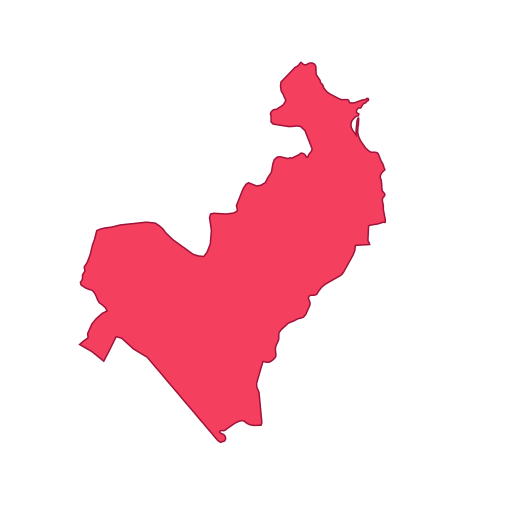 outline of Oriental, rotated 47°
{"feature_id": "MAR-1454", "entity_name": "Oriental", "entity_type": "Region", "adm_level": 1, "iso_a3": "MAR", "parent_name": "Morocco", "parent_adm1": "", "projection": "robinson", "projection_center": [-2.611, 33.589], "detail": "fine", "context": "isolated", "style": "filled", "palette": "rose", "viewbox_px": 512, "rotation_deg": 47, "n_neighbors": 0, "source": "natural_earth", "source_scale": "10m", "svg_char_len": 3876}
<svg xmlns="http://www.w3.org/2000/svg" viewBox="0 0 512 512"><g transform="rotate(47 256 256)"><path d="M219.2,78.5L217.6,80.1L217.9,82.9L219.6,84.7L222.2,83.8L223.3,85.5L222.6,86.5L222.2,88.0L222.1,89.7L222.4,93.0L222.8,94.3L223.6,95.5L224.8,97.1L227.0,98.6L230.0,99.6L236.1,100.2L232.4,97.2L226.0,89.9L224.7,87.7L225.1,86.9L226.2,87.8L230.4,92.2L231.0,93.3L235.0,97.4L238.7,99.5L243.1,101.0L251.8,102.2L255.7,101.9L257.8,101.4L259.2,100.5L260.9,98.5L262.6,97.2L264.3,96.8L272.4,99.9L274.3,100.2L276.3,100.9L278.6,102.1L280.8,102.9L280.9,106.9L281.7,109.6L283.2,111.6L285.8,112.6L289.0,114.9L291.7,117.3L294.5,119.2L298.3,119.5L299.4,120.3L299.8,121.6L299.9,122.9L300.3,124.4L301.5,125.7L306.0,128.5L308.9,131.2L317.8,136.8L319.4,138.4L319.1,139.1L318.0,140.0L315.9,144.6L311.4,151.4L310.8,153.2L321.0,163.6L324.1,164.5L325.1,165.1L316.0,176.0L319.3,179.9L321.5,184.4L327.6,203.2L327.8,204.6L328.1,206.0L327.8,208.0L323.9,224.4L323.6,229.2L324.4,234.2L325.3,237.2L325.3,238.3L324.6,239.8L323.8,240.9L322.8,241.8L322.0,242.8L321.6,244.4L322.1,246.0L323.4,246.9L326.4,248.0L327.9,249.1L328.8,250.3L332.7,259.5L333.1,262.9L332.0,265.6L330.7,267.6L329.1,273.2L328.0,275.8L327.1,278.4L327.1,288.4L327.9,291.8L332.3,296.0L333.8,298.9L335.0,302.1L336.7,304.7L339.0,306.7L341.5,308.5L342.9,309.9L343.5,312.1L343.5,314.4L343.2,316.7L343.0,317.7L342.6,318.7L342.1,319.5L341.5,320.2L337.9,322.9L349.5,342.4L352.4,344.8L357.8,346.8L381.9,365.4L383.2,367.7L378.3,373.3L375.4,375.5L372.2,376.8L368.7,377.3L367.3,378.1L365.9,379.9L365.1,381.7L363.9,385.4L362.6,394.7L362.4,395.9L362.5,396.8L362.3,397.6L361.8,398.7L361.3,399.3L359.9,400.4L359.5,401.0L359.9,402.7L361.3,402.7L364.5,401.4L366.1,401.4L367.9,402.0L369.3,403.2L369.8,405.3L368.1,409.0L364.7,409.8L358.2,409.5L357.5,409.4L355.5,409.3L352.2,409.2L347.9,409.0L342.7,408.7L336.7,408.5L330.1,408.1L323.1,407.8L315.7,407.5L308.2,407.1L300.7,406.7L293.2,406.4L286.1,406.1L279.4,405.7L273.2,405.4L267.7,405.2L255.9,404.6L240.5,409.0L224.6,410.3L219.6,413.2L225.6,429.1L229.1,439.1L214.1,441.2L200.4,445.4L200.6,439.8L201.3,434.6L197.9,432.0L193.8,422.4L192.9,415.9L193.1,407.4L194.7,402.4L191.3,401.4L187.2,401.7L183.3,402.5L179.5,401.6L176.6,400.4L172.5,399.2L169.0,399.3L166.6,400.9L162.8,402.6L157.9,403.7L155.6,402.5L154.6,398.8L151.4,395.6L150.3,391.3L146.8,389.1L145.6,383.9L141.9,376.3L136.3,367.9L134.0,363.2L128.8,355.1L130.4,350.9L132.5,347.3L136.7,341.4L140.7,334.1L156.5,313.1L163.3,307.2L167.8,306.1L172.4,305.6L177.5,306.2L187.2,305.7L211.6,300.9L216.4,298.3L220.8,294.5L219.7,288.8L216.0,281.2L206.9,271.2L196.2,263.8L194.3,260.6L195.8,257.9L205.0,249.1L209.4,242.9L210.3,239.1L208.6,237.5L205.8,236.0L198.0,219.5L196.7,214.4L197.3,211.5L205.2,207.8L207.5,204.3L208.7,199.2L206.6,193.4L205.3,187.7L199.9,180.5L198.0,176.9L198.1,174.1L198.1,173.1L198.9,171.8L200.1,170.5L206.3,166.3L206.9,165.5L207.1,164.7L207.5,164.0L208.4,163.6L208.8,163.2L209.0,162.3L209.2,162.0L211.3,155.2L211.3,153.2L212.6,151.8L214.7,151.1L216.6,151.3L218.0,151.7L219.0,150.7L217.9,148.6L217.5,146.5L217.2,144.0L215.9,141.9L197.8,134.7L191.6,135.1L188.5,137.7L186.6,140.4L183.7,143.8L171.2,153.5L168.3,153.6L164.1,149.7L161.7,148.4L160.9,146.4L160.8,144.2L161.5,142.4L162.9,140.8L163.0,138.6L163.7,135.6L164.0,132.8L162.7,128.2L156.0,125.8L152.6,125.1L148.3,122.1L145.8,119.0L144.7,98.9L145.6,95.3L145.0,91.7L145.0,91.0L147.9,90.7L149.8,89.8L150.6,87.9L151.4,85.2L153.1,83.3L155.4,82.4L157.6,82.7L159.3,83.8L162.8,87.0L164.6,88.3L171.0,89.3L173.2,90.5L174.2,90.6L175.3,90.4L176.2,90.5L177.2,90.8L178.8,91.6L179.7,91.9L184.0,92.2L187.7,91.5L198.2,87.8L200.0,86.7L203.9,82.6L204.8,82.1L205.5,82.1L206.3,82.5L207.2,82.9L208.2,82.7L210.9,80.0L214.3,72.0L216.4,68.8L216.3,67.7L216.7,66.9L217.5,66.6L218.5,67.1L218.9,67.9L218.4,69.7L218.8,70.9L217.9,74.0L219.0,77.9L219.2,78.4L219.2,78.5Z" fill="#f43f5e" stroke="#9f1239" stroke-width="1.5"/></g></svg>